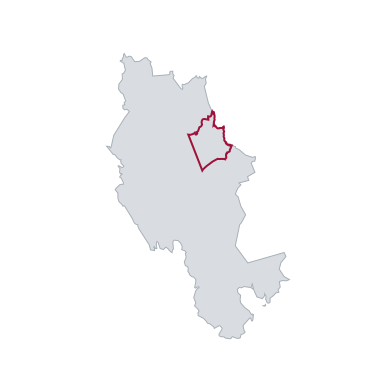 Zhambyl highlighted on a map of Kazakhstan, rotated 249°
{"feature_id": "KAZ-3252", "entity_name": "Zhambyl", "entity_type": "Region", "adm_level": 1, "iso_a3": "KAZ", "parent_name": "Kazakhstan", "parent_adm1": "", "projection": "equal_earth", "projection_center": [72.801, 44.147], "detail": "fine", "context": "in_parent", "style": "outline", "palette": "rose", "viewbox_px": 384, "rotation_deg": 249, "n_neighbors": 0, "source": "natural_earth", "source_scale": "10m", "svg_char_len": 6376}
<svg xmlns="http://www.w3.org/2000/svg" viewBox="0 0 384 384"><g transform="rotate(249 192 192)"><path d="M221.6,246.7L219.8,247.5L218.7,248.9L217.4,248.5L214.8,251.1L207.3,255.2L202.6,261.0L202.5,263.6L201.2,263.6L198.3,261.7L198.9,259.4L197.6,257.6L187.8,257.8L186.4,249.3L182.5,249.2L183.6,239.1L181.2,240.2L178.9,235.8L174.5,231.7L170.8,233.3L161.1,232.5L151.5,233.9L145.5,227.0L144.4,224.8L126.2,213.1L105.8,218.7L102.5,256.3L98.1,256.6L94.1,249.6L88.7,245.8L80.1,247.7L75.3,251.5L75.3,248.2L76.9,244.8L77.1,241.4L71.7,240.3L69.8,237.3L67.3,237.2L67.7,234.0L66.2,231.3L64.9,226.8L61.2,225.4L60.7,224.1L61.2,222.9L62.1,222.4L65.7,222.4L68.0,223.7L70.9,223.4L69.1,222.5L67.2,219.4L70.8,215.0L78.7,214.6L84.6,215.3L81.6,212.9L85.1,206.7L84.8,203.9L85.9,202.0L85.3,200.2L84.3,199.2L81.0,198.8L78.2,200.4L74.4,198.4L71.2,197.6L65.1,199.9L60.6,202.7L56.4,203.5L56.4,204.6L55.8,204.3L55.1,204.8L55.3,205.3L50.8,203.0L50.1,202.2L50.3,201.4L53.1,201.6L53.8,201.0L49.0,191.8L44.0,190.9L42.4,191.5L41.2,189.5L41.4,186.7L38.7,184.9L38.5,183.4L39.6,181.1L42.6,177.8L41.2,175.7L41.6,174.4L43.4,171.1L45.5,169.7L46.5,167.1L48.1,165.9L49.5,166.1L53.4,171.1L54.1,171.3L56.7,170.4L57.5,169.6L56.7,163.9L58.1,164.0L62.2,161.7L63.9,159.5L66.3,159.0L70.2,157.3L74.3,153.5L77.0,154.2L78.1,155.8L80.0,155.7L84.8,153.6L87.1,155.8L92.8,155.8L98.2,159.9L100.0,162.3L100.1,164.2L100.7,164.6L101.5,163.5L101.1,160.8L101.8,160.2L106.8,163.4L109.1,164.2L112.0,163.0L112.8,161.7L115.5,160.1L116.5,160.4L119.4,159.7L122.5,161.3L124.1,161.0L125.6,159.4L129.4,159.7L133.0,163.1L137.1,163.8L137.6,165.0L139.8,164.2L141.8,161.7L144.4,163.3L148.3,163.1L151.7,161.6L153.4,158.1L153.2,157.2L151.9,156.1L145.4,154.2L145.0,153.1L142.5,151.6L145.5,149.8L147.3,149.6L149.9,147.8L148.5,144.7L150.7,142.0L157.4,142.3L158.3,141.7L157.8,140.8L155.3,139.7L152.0,139.1L151.8,138.7L152.4,137.7L154.7,137.0L154.3,136.5L152.6,136.8L150.7,136.1L152.8,132.5L157.8,133.2L176.3,129.3L179.7,129.2L180.8,129.7L182.0,128.1L183.7,127.1L189.1,126.7L203.1,124.0L203.7,123.3L203.5,122.4L205.8,122.0L209.0,120.4L212.7,120.6L217.6,122.4L221.6,121.1L222.8,122.7L224.7,127.3L224.4,129.4L223.7,130.4L224.0,130.8L225.7,131.3L230.5,130.9L231.9,129.8L233.3,131.6L233.7,133.2L234.7,132.7L234.6,131.9L235.0,131.5L237.1,131.7L239.4,133.1L242.8,132.3L242.6,133.3L239.9,135.3L239.8,136.3L240.7,137.7L243.9,136.1L246.5,136.5L247.5,137.3L248.2,135.9L251.0,134.3L253.7,133.7L254.9,133.0L255.3,131.9L265.3,128.7L264.0,131.4L262.4,131.3L262.8,132.5L273.0,139.3L285.4,155.7L289.6,162.4L292.7,160.8L292.8,158.5L294.9,157.5L297.8,158.5L297.5,160.6L299.9,160.7L300.6,162.7L308.2,162.8L310.1,161.3L314.4,160.3L318.9,162.4L322.1,167.4L327.2,169.1L327.4,170.7L329.4,173.4L336.6,174.5L340.0,171.8L340.5,172.6L339.8,173.9L341.3,174.6L342.9,176.5L344.7,177.2L345.5,178.4L341.6,178.8L341.1,179.8L341.3,182.2L340.1,183.8L334.2,185.2L332.8,189.8L334.3,196.2L333.2,198.1L331.3,198.4L328.0,200.4L327.0,199.0L322.0,199.0L314.3,196.9L309.7,212.7L309.9,213.4L312.1,214.4L312.3,215.7L311.6,217.4L309.6,216.4L307.1,217.0L305.1,215.1L292.6,218.6L291.2,219.8L292.2,220.7L294.2,220.6L296.0,221.5L295.1,223.2L295.2,227.8L297.8,233.2L298.0,235.8L299.0,237.3L298.8,237.9L297.7,237.6L295.9,238.5L295.9,239.2L297.2,240.3L294.6,241.7L294.3,242.8L295.2,246.8L294.9,247.3L292.5,245.0L288.6,244.3L286.1,241.3L269.2,239.2L260.2,239.6L258.6,240.9L256.5,240.6L252.1,239.2L247.3,236.5L245.3,237.0L242.2,238.9L241.2,243.1L241.7,245.0L232.1,241.4L228.1,240.8L224.1,241.7L221.2,245.8L221.6,246.7ZM60.7,220.1L60.0,220.3L59.3,219.3L59.7,218.2L60.4,217.8L59.7,219.2L60.7,220.1ZM80.7,214.5L80.1,214.3L79.8,213.9L80.6,213.4L80.7,214.5Z" fill="#d9dde1" stroke="#a8b0b8" stroke-width="1"/><path d="M255.2,240.5L254.5,240.2L254.3,240.1L254.1,240.0L253.6,239.8L253.4,239.7L253.2,239.5L252.5,239.2L251.6,239.1L251.3,239.0L250.5,238.4L250.4,238.2L250.2,237.9L249.9,237.7L249.6,237.6L249.3,237.4L249.0,237.4L248.8,237.3L248.4,237.0L248.2,236.9L247.9,236.8L247.7,236.7L247.3,236.4L247.1,236.3L247.3,236.6L247.4,236.9L247.2,237.0L246.0,237.1L245.9,237.0L245.6,236.8L245.4,236.7L245.2,236.9L244.9,237.6L244.6,237.8L244.3,237.8L244.2,237.8L242.8,238.3L242.5,238.5L242.3,238.6L242.2,238.8L241.9,239.6L241.8,239.9L241.7,240.0L241.7,240.4L241.8,240.7L241.8,240.9L241.8,241.1L241.6,241.5L241.2,242.4L241.1,242.8L241.1,243.2L241.1,243.5L241.3,243.8L241.8,244.9L241.8,245.1L241.6,245.1L241.1,245.0L240.4,244.8L240.3,244.7L240.3,244.2L240.2,244.0L239.5,243.9L239.3,243.9L239.2,243.8L239.1,243.7L238.8,243.6L238.4,243.6L237.4,243.7L237.1,243.7L236.9,243.6L236.6,243.5L236.4,243.3L236.1,242.9L235.9,242.7L235.7,242.5L234.6,242.3L234.0,242.3L233.7,242.2L232.8,241.6L232.3,241.4L231.3,241.4L231.1,241.4L230.9,241.5L230.5,241.5L229.6,241.0L229.1,240.8L228.9,240.7L228.6,240.7L228.4,240.8L227.8,240.8L227.6,240.9L226.7,241.4L226.5,241.5L226.5,241.4L226.1,241.2L225.8,241.2L225.5,241.1L225.3,241.1L225.1,241.2L225.1,241.3L224.9,241.5L224.7,241.7L224.3,241.5L224.2,241.5L223.8,241.9L223.7,242.0L223.3,242.2L223.3,242.3L223.2,242.5L223.2,242.9L223.2,243.0L222.4,243.3L222.1,243.4L222.2,243.8L222.5,244.2L222.6,244.3L222.5,244.5L222.4,244.6L221.9,244.3L221.6,244.6L221.6,244.8L221.5,245.0L221.6,245.3L221.3,245.7L221.2,245.8L220.7,245.4L220.7,245.2L220.5,244.8L219.9,244.6L219.1,243.7L218.7,243.6L218.5,243.2L218.2,242.8L217.6,242.3L217.3,242.2L216.7,242.0L216.3,241.4L216.2,240.5L216.3,239.8L216.2,239.4L216.3,239.1L215.8,238.8L216.0,238.5L215.8,238.2L215.5,238.3L215.2,238.0L215.1,237.4L214.5,237.1L213.9,236.8L213.5,236.7L212.9,236.7L212.1,236.4L211.7,236.3L211.3,235.6L211.3,235.2L211.0,234.9L210.6,234.7L210.8,234.4L211.5,233.5L213.5,228.1L213.8,227.8L213.7,227.0L213.0,222.0L210.9,214.7L209.3,210.7L208.3,209.3L246.9,209.1L246.0,210.9L245.8,213.3L246.0,214.9L246.1,215.5L246.3,215.9L244.4,216.0L244.1,216.9L244.8,217.9L245.6,217.9L246.3,218.0L246.4,218.9L246.8,219.6L249.8,222.1L249.9,223.5L250.4,224.6L251.5,225.6L253.3,225.8L254.6,226.5L255.4,227.2L256.0,228.0L255.9,229.1L255.6,230.0L253.6,233.2L254.3,233.5L254.9,233.6L255.3,233.5L255.5,233.8L256.2,233.8L256.9,234.2L256.4,234.9L255.9,235.9L256.0,236.4L256.1,236.7L256.2,237.0L256.4,237.3L257.1,237.9L258.0,238.2L258.7,238.8L258.2,239.2L259.7,239.4L259.9,239.6L259.7,239.6L259.4,240.4L259.3,240.5L259.1,240.7L258.9,240.9L258.7,240.9L258.5,241.0L258.0,240.8L257.8,240.7L257.5,240.8L255.7,240.5L255.2,240.5Z" fill="none" stroke="#9f1239" stroke-width="2"/></g></svg>